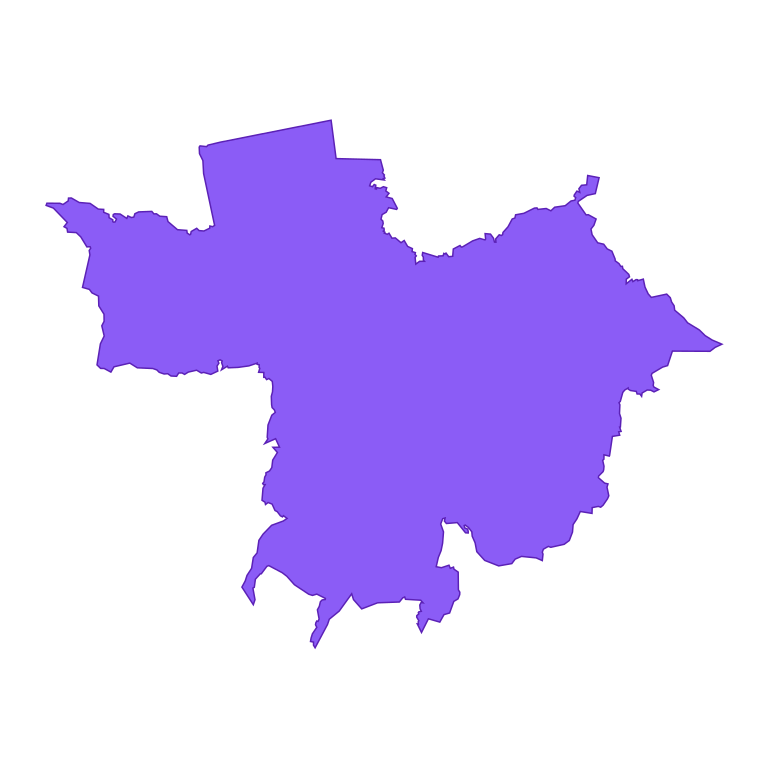 the district of Beica De Jos, Mures, Romania
{"feature_id": "2599482B29333301667033", "entity_name": "Beica De Jos", "entity_type": "district", "adm_level": 2, "iso_a3": "ROU", "parent_name": "Romania", "parent_adm1": "Mures", "projection": "mercator", "projection_center": [24.821, 46.717], "detail": "fine", "context": "isolated", "style": "filled", "palette": "violet", "viewbox_px": 768, "rotation_deg": 0, "n_neighbors": 0, "source": "geoboundaries", "source_scale": "gbopen_adm2", "svg_char_len": 6104}
<svg xmlns="http://www.w3.org/2000/svg" viewBox="0 0 768 768"><path d="M417.3,623.9L421.5,632.5L428.4,618.8L439.8,622.1L444.0,614.6L449.6,613.0L453.8,601.4L458.0,598.9L459.7,594.7L459.8,592.2L458.4,589.8L458.2,572.1L454.0,569.2L453.5,567.1L450.3,568.3L449.0,565.2L441.4,567.7L436.2,566.7L438.3,557.5L441.1,550.6L442.6,543.2L443.5,531.9L440.7,524.0L442.7,518.7L445.1,518.0L444.4,521.1L446.4,523.5L457.3,522.6L465.5,532.8L468.2,533.0L468.3,532.0L467.7,529.1L464.7,527.9L464.2,525.5L465.3,525.1L468.5,527.5L471.8,531.8L472.2,536.2L475.1,542.8L476.8,551.7L484.7,560.4L498.7,565.9L511.8,563.6L515.2,559.1L521.5,556.4L536.2,557.9L542.3,560.6L543.0,554.1L542.3,552.2L543.4,549.2L548.3,546.4L550.8,547.3L564.2,544.3L569.3,540.5L572.5,532.1L573.1,524.6L576.9,518.9L580.3,511.5L592.0,513.4L592.2,507.6L598.3,506.4L600.7,507.2L603.1,505.2L607.5,498.8L608.8,495.8L607.0,487.1L608.0,483.9L604.6,483.1L598.4,477.7L598.6,476.1L603.1,471.6L603.7,469.8L604.0,466.2L602.7,460.4L603.9,459.2L604.0,454.8L609.3,456.1L609.6,455.4L612.4,436.4L619.7,435.2L618.7,431.8L621.1,431.4L619.6,427.1L620.4,427.0L621.0,418.2L619.5,413.5L619.9,404.8L619.0,402.7L620.3,401.4L622.8,392.4L624.8,390.0L628.1,388.0L628.1,389.0L630.4,390.5L636.3,391.4L637.1,394.0L639.9,394.0L641.6,396.3L642.1,393.0L647.2,390.0L650.7,390.2L654.0,391.9L658.7,389.6L654.0,387.1L653.2,385.5L653.6,382.5L651.3,375.3L652.0,373.4L662.6,367.1L667.6,365.6L672.4,351.1L710.0,351.3L715.1,347.4L721.9,344.2L712.1,340.0L705.1,335.6L699.4,330.0L687.6,322.8L683.8,317.9L674.7,310.2L674.1,305.7L671.6,302.0L670.3,297.7L666.7,294.1L651.3,297.4L648.2,293.9L645.0,287.1L643.3,279.1L637.8,280.7L637.6,279.7L636.1,279.6L632.9,281.6L631.9,279.3L626.2,283.8L626.3,279.2L629.5,276.8L628.8,274.4L622.8,268.7L622.4,266.3L620.8,266.4L619.0,263.6L615.2,260.8L615.1,259.0L611.9,251.2L607.2,248.9L603.7,244.2L597.7,242.8L592.1,234.7L591.0,229.0L593.9,225.3L596.1,219.0L588.3,214.7L586.1,214.9L577.8,203.0L578.4,201.3L587.1,195.4L595.3,193.6L599.1,177.7L587.7,175.5L586.7,184.8L581.5,185.3L578.9,188.7L579.8,192.4L576.9,191.1L574.2,195.1L574.1,196.3L575.7,197.6L574.9,200.2L571.0,201.0L565.2,205.7L554.7,207.2L550.9,210.8L546.2,208.5L537.9,209.4L537.0,207.9L534.4,208.1L523.9,213.3L515.6,214.8L514.9,218.0L512.2,219.0L508.0,226.8L503.0,232.4L502.6,234.6L501.4,235.5L499.2,234.8L495.7,238.9L495.9,242.2L494.5,242.1L493.5,238.2L490.5,234.1L485.1,233.6L485.6,239.1L485.0,239.9L479.7,238.4L472.6,240.9L462.5,246.9L461.3,247.1L460.0,245.5L453.3,249.0L452.7,256.3L448.7,256.7L446.0,253.1L445.1,254.0L443.8,253.4L443.1,255.8L438.5,256.0L438.1,257.2L422.7,252.5L422.2,255.3L423.3,257.0L423.4,260.1L424.4,261.3L419.6,261.3L415.8,264.1L415.1,257.3L416.3,255.9L415.0,254.4L415.4,252.6L412.1,251.6L412.4,248.6L407.6,246.4L404.2,240.5L401.0,242.7L395.3,237.9L392.0,238.2L389.0,233.2L387.2,234.3L384.3,233.1L384.9,232.2L383.3,231.1L384.2,230.3L384.0,228.2L381.8,227.7L383.2,223.5L382.8,221.0L381.0,219.2L382.1,214.6L386.2,212.2L388.6,207.7L396.6,209.4L397.3,208.3L392.2,198.5L386.2,196.9L389.0,193.3L385.8,190.9L386.7,187.7L383.4,186.7L380.2,188.3L376.7,187.6L376.5,188.8L375.7,188.1L375.1,189.5L375.8,185.2L374.2,184.5L372.4,186.7L369.6,185.8L370.9,182.2L375.5,178.8L384.3,180.0L383.3,178.6L384.9,178.1L383.9,175.9L384.4,175.0L382.4,172.8L383.3,170.2L380.5,159.7L336.1,158.6L331.1,120.2L220.6,142.1L208.0,145.1L206.6,146.6L200.0,145.9L199.2,147.1L199.5,153.7L202.9,160.6L203.6,173.5L214.6,225.4L212.6,226.7L209.9,226.0L209.7,228.2L203.9,231.0L199.1,230.6L196.7,228.3L191.2,231.5L190.6,234.3L189.8,234.8L187.2,233.1L186.8,230.4L177.5,229.7L168.0,221.6L166.7,216.7L159.8,216.2L156.5,213.8L153.9,213.9L151.8,211.4L138.7,211.9L134.9,213.7L133.8,217.1L131.3,217.5L127.9,215.9L126.8,218.4L120.1,214.0L114.6,213.8L113.3,214.5L113.0,216.3L116.5,219.1L115.0,222.0L113.5,222.1L112.8,221.7L112.8,219.8L109.1,217.7L108.9,214.4L103.7,212.3L103.7,209.4L98.3,209.1L90.1,203.4L79.2,202.5L71.4,198.0L68.5,198.1L68.2,200.9L63.0,204.5L60.0,203.3L46.9,203.2L46.1,205.4L53.4,208.1L67.3,222.5L64.0,226.7L67.0,228.4L67.6,232.1L76.3,232.6L80.8,236.9L86.9,246.9L90.1,246.7L90.7,248.2L89.2,250.5L89.9,254.9L82.5,287.4L89.4,289.4L92.0,292.9L98.5,296.1L98.8,305.9L104.0,314.2L104.1,321.3L101.8,325.8L104.2,336.0L100.4,343.8L97.0,364.9L100.6,368.4L104.2,368.5L110.9,372.1L114.0,366.8L129.8,363.1L137.3,367.8L152.8,368.5L156.8,369.9L159.2,372.3L164.1,374.0L167.7,373.7L171.0,376.0L176.6,376.3L178.7,373.0L182.1,373.0L184.6,374.4L188.3,372.1L196.6,370.2L201.3,373.0L203.7,372.4L210.8,374.4L217.8,371.1L217.0,366.1L218.9,363.2L217.9,360.8L220.1,359.8L222.2,361.0L221.6,362.6L222.9,366.4L221.5,369.8L227.4,366.2L228.2,367.8L238.0,367.4L248.9,365.9L257.2,363.1L257.1,364.3L259.2,364.8L259.1,367.4L259.8,368.3L258.6,372.3L263.8,372.5L263.8,377.3L264.9,377.2L266.6,379.6L268.9,378.5L272.3,381.4L272.8,386.5L272.5,391.9L271.3,396.3L271.6,404.7L272.1,407.6L274.3,409.8L275.3,412.4L271.8,415.2L268.0,425.0L267.2,437.3L267.9,438.9L264.8,443.5L275.6,438.7L279.5,447.2L272.9,447.3L277.4,452.5L272.7,460.1L271.8,467.6L269.5,471.0L265.9,472.8L266.0,474.8L264.7,477.1L264.0,481.9L262.7,483.4L263.4,484.6L265.1,484.6L263.0,488.2L262.0,500.3L265.0,502.2L265.5,504.5L268.1,502.5L272.1,504.1L275.0,510.5L277.3,511.7L280.4,515.8L282.5,516.9L283.4,515.7L287.1,518.4L283.3,521.0L271.6,525.3L263.1,534.1L258.9,540.3L257.1,552.9L253.3,557.5L251.6,568.3L247.0,575.4L245.2,581.0L241.9,587.1L253.3,604.7L255.0,599.7L252.9,588.1L254.3,587.3L255.4,579.2L260.3,573.8L261.3,573.8L266.9,566.3L268.8,565.6L282.2,572.7L286.9,576.3L294.4,584.7L308.7,594.2L312.5,595.4L316.8,594.1L325.4,598.4L325.3,599.5L322.2,599.9L320.4,601.7L319.3,606.3L317.4,609.8L319.1,619.0L318.0,621.4L316.8,621.0L315.8,622.9L315.5,624.8L316.8,627.3L312.4,633.8L311.1,638.0L310.5,641.5L313.5,642.1L313.5,645.2L315.1,647.8L327.5,624.5L329.3,619.2L339.2,611.1L351.7,593.8L353.5,599.6L361.7,608.9L377.6,602.8L399.4,602.0L402.7,597.9L404.7,597.0L405.5,599.3L420.7,600.2L423.0,602.8L421.1,602.5L419.8,605.0L420.1,608.8L421.3,611.3L418.9,611.8L418.3,612.7L418.8,613.9L416.8,615.6L416.7,617.1L418.8,620.7L418.2,621.8L418.4,624.1L417.3,623.9Z" fill="#8b5cf6" stroke="#5b21b6" stroke-width="1.5"/></svg>